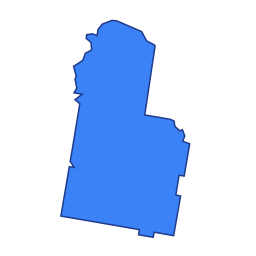 Worth, Georgia, United States of America, rotated 9°
{"feature_id": "52423323B78408762151605", "entity_name": "Worth", "entity_type": "district", "adm_level": 2, "iso_a3": "USA", "parent_name": "United States of America", "parent_adm1": "Georgia", "projection": "robinson", "projection_center": [-83.867, 31.583], "detail": "fine", "context": "isolated", "style": "filled", "palette": "blue", "viewbox_px": 256, "rotation_deg": 9, "n_neighbors": 0, "source": "geoboundaries", "source_scale": "gbopen_adm2", "svg_char_len": 722}
<svg xmlns="http://www.w3.org/2000/svg" viewBox="0 0 256 256"><g transform="rotate(9 128 128)"><path d="M95.4,24.2L86.2,29.5L83.0,35.5L83.0,41.7L78.5,40.5L72.6,42.3L72.7,46.0L78.1,49.4L79.9,56.6L74.2,60.8L72.8,68.3L64.6,75.6L68.9,85.2L68.0,87.9L71.2,96.7L69.2,101.7L77.5,101.8L71.2,108.3L76.6,111.6L76.3,157.8L76.1,170.1L81.1,175.4L76.1,175.3L76.0,182.8L75.5,225.5L149.6,226.5L155.1,226.6L155.1,231.8L170.0,232.0L170.1,226.8L189.9,227.2L190.6,187.0L185.7,186.6L185.9,166.6L191.0,166.7L191.4,134.0L184.1,132.5L185.3,127.0L182.0,121.1L179.8,122.7L174.1,119.1L172.4,113.9L168.4,112.8L142.5,112.5L141.9,42.6L140.6,41.6L132.8,39.1L126.5,30.7L100.4,24.0L95.4,24.2Z" fill="#3b82f6" stroke="#1e3a8a" stroke-width="1.5"/></g></svg>